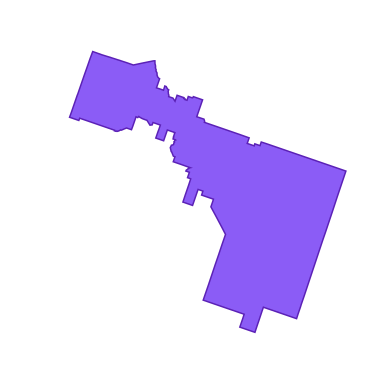 Central Desert, Northern Territory, Australia, rotated 199°
{"feature_id": "25037944B81249572637263", "entity_name": "Central Desert", "entity_type": "district", "adm_level": 2, "iso_a3": "AUS", "parent_name": "Australia", "parent_adm1": "Northern Territory", "projection": "robinson", "projection_center": [134.79, -21.072], "detail": "fine", "context": "isolated", "style": "filled", "palette": "violet", "viewbox_px": 384, "rotation_deg": 199, "n_neighbors": 0, "source": "geoboundaries", "source_scale": "gbopen_adm2", "svg_char_len": 4879}
<svg xmlns="http://www.w3.org/2000/svg" viewBox="0 0 384 384"><g transform="rotate(199 192 192)"><path d="M332.1,222.8L322.3,222.8L322.2,225.2L311.5,225.2L307.5,225.2L301.7,225.2L292.0,225.2L285.3,225.2L285.3,224.6L284.9,224.6L284.7,224.6L284.4,224.6L284.1,224.6L283.9,224.6L283.5,224.8L283.3,224.9L283.2,225.0L282.9,225.1L282.6,224.9L281.6,225.5L281.2,225.9L281.1,226.0L280.8,226.3L280.7,226.3L280.5,226.6L280.1,227.0L279.9,227.2L279.8,227.3L279.6,227.5L279.2,227.4L279.0,227.5L278.9,227.5L278.4,227.9L278.2,228.1L278.0,228.3L277.9,228.4L277.8,228.5L277.7,228.6L277.4,228.8L276.9,229.3L276.6,229.6L275.9,230.2L275.5,230.5L275.3,230.7L275.1,230.9L274.7,231.2L269.5,231.2L269.4,234.5L269.4,244.9L267.5,244.7L266.9,246.1L265.8,245.7L262.9,245.2L259.6,245.1L257.9,245.1L253.5,241.5L251.5,242.5L251.5,243.5L251.5,245.0L246.8,245.0L243.7,245.0L243.7,241.8L243.7,240.5L243.7,240.4L243.8,238.0L243.8,231.2L242.9,231.2L235.5,231.2L235.5,241.8L235.5,242.6L233.4,242.6L227.5,242.6L227.5,242.1L227.7,241.9L227.5,241.7L227.5,241.3L227.5,241.1L227.5,240.8L227.5,240.5L227.5,240.3L227.5,240.0L227.5,239.7L227.5,239.1L227.5,238.0L227.2,238.0L227.2,236.0L226.7,236.0L224.7,236.0L224.5,235.9L224.8,235.7L225.0,235.1L225.0,234.8L225.2,234.2L225.4,233.8L225.4,233.5L225.2,233.4L224.8,233.3L225.1,232.0L225.0,231.7L224.9,230.8L225.6,230.3L226.0,229.8L226.7,229.6L227.0,226.9L224.8,223.4L224.3,223.3L221.3,219.8L219.6,219.8L219.6,214.5L217.0,214.5L214.7,214.5L214.4,214.5L211.4,214.5L201.6,214.4L202.1,214.1L202.8,213.1L203.2,213.0L203.3,212.8L203.5,212.2L204.0,211.5L204.5,210.9L204.6,209.8L202.4,209.8L201.4,209.8L201.2,209.8L200.9,209.8L200.9,204.1L198.9,204.1L197.5,204.0L197.4,197.2L197.4,189.2L197.4,186.6L197.3,179.5L196.8,179.5L187.1,179.5L187.1,185.6L187.1,190.1L187.1,196.4L182.0,196.4L181.9,192.2L179.2,192.2L169.4,192.2L169.3,189.6L169.3,184.1L161.9,177.3L154.5,170.4L151.5,167.6L146.5,162.8L146.5,153.5L146.5,151.8L146.4,141.2L146.4,130.7L146.3,120.9L146.3,120.1L146.2,109.5L146.2,98.9L146.2,93.4L136.5,93.4L134.4,93.4L118.9,93.4L107.6,93.4L103.5,93.4L103.3,93.4L102.9,93.4L102.8,88.2L102.8,79.8L96.4,79.8L93.2,79.8L86.8,79.8L86.9,88.6L86.9,90.4L86.9,92.6L87.0,103.2L87.0,106.3L65.6,106.3L61.6,106.3L59.0,106.3L58.9,106.3L51.9,106.3L52.0,111.3L52.0,118.3L52.1,121.5L52.1,125.4L52.1,126.3L52.1,130.0L52.7,189.4L52.7,197.7L52.9,220.5L53.1,234.2L53.3,261.9L66.8,261.9L84.8,261.9L94.0,261.9L103.0,261.9L105.6,261.9L115.5,261.9L120.0,261.9L124.9,261.9L129.9,261.9L132.9,261.9L137.3,261.9L142.8,261.8L142.8,258.0L143.2,258.0L148.3,258.0L148.2,255.9L155.6,255.9L155.6,261.8L165.5,261.9L167.7,261.9L168.3,261.9L171.6,261.9L176.4,261.9L178.3,261.9L187.6,261.9L193.1,261.9L196.0,261.9L199.9,261.9L201.1,261.9L203.0,261.9L203.0,262.9L204.4,264.8L212.0,264.7L212.0,270.1L212.0,270.6L212.0,272.6L212.0,282.6L218.1,282.6L219.1,282.6L221.8,282.6L221.8,282.1L221.8,281.7L222.4,281.1L226.6,281.1L226.6,279.9L226.6,277.1L228.7,277.1L228.7,277.7L230.3,277.7L230.3,278.0L230.3,278.6L230.6,278.6L231.5,278.6L231.8,278.6L235.3,278.6L237.6,278.6L237.6,272.3L240.6,274.6L243.0,274.6L245.1,274.6L245.1,274.9L245.2,275.3L245.3,275.6L245.4,275.9L245.4,276.1L246.0,276.7L246.1,276.9L246.3,277.2L246.4,277.4L246.5,277.7L246.6,278.0L246.8,278.4L246.9,278.7L247.1,278.9L247.2,279.1L247.3,279.4L247.3,281.0L247.9,281.0L248.0,281.1L248.6,281.5L248.8,281.7L249.0,281.8L249.3,281.9L249.5,282.1L249.6,282.3L250.2,282.8L250.7,283.3L250.9,283.3L252.2,283.4L252.1,279.0L255.5,279.0L256.1,279.0L259.5,278.9L259.5,288.4L259.5,288.5L259.8,288.5L260.0,288.6L260.4,288.8L260.6,288.9L260.8,289.0L261.2,289.2L261.4,289.3L261.5,289.4L261.8,289.6L262.1,289.8L262.3,290.1L262.4,290.3L262.5,290.5L262.8,290.7L263.0,291.0L263.2,291.4L263.2,291.5L263.3,291.8L263.4,292.0L263.5,292.1L263.6,292.3L263.6,292.5L263.7,292.9L263.8,293.1L264.0,293.4L264.2,293.5L264.3,293.6L264.6,293.8L264.7,294.0L264.9,294.3L265.0,294.4L265.2,294.5L265.3,294.6L265.5,294.7L265.5,294.9L265.6,295.1L265.6,295.5L265.7,295.8L265.8,296.1L266.0,296.3L266.4,296.6L266.5,296.7L266.6,296.9L266.7,297.3L266.8,297.4L267.1,297.6L267.1,297.9L267.1,298.1L267.1,298.3L267.2,298.5L267.3,298.6L267.3,298.8L267.5,299.2L267.6,299.3L267.7,299.7L267.8,299.8L267.9,300.1L268.0,300.2L268.1,300.3L268.3,300.6L268.5,300.8L268.7,301.2L268.8,301.4L268.9,301.7L269.1,302.2L269.2,302.4L269.3,302.7L269.5,303.2L269.6,303.4L269.6,303.5L269.7,303.8L269.8,304.0L271.4,303.3L280.1,298.2L288.8,293.0L296.0,293.0L302.1,292.9L312.0,292.7L321.9,292.4L331.6,292.5L331.8,284.9L331.8,279.9L331.9,267.1L331.9,265.0L331.9,263.4L331.9,262.4L331.9,261.9L331.9,261.1L331.9,259.2L331.9,258.7L331.9,256.6L331.9,255.1L331.9,254.3L331.9,254.0L331.9,253.5L331.9,253.0L331.9,252.8L331.9,252.5L331.9,251.9L331.9,247.3L332.0,246.2L332.0,241.5L332.0,239.4L332.0,238.9L332.0,238.2L332.0,237.4L332.0,236.8L332.0,235.7L332.0,228.0L332.1,223.3L332.1,222.8Z" fill="#8b5cf6" stroke="#5b21b6" stroke-width="1.5"/></g></svg>